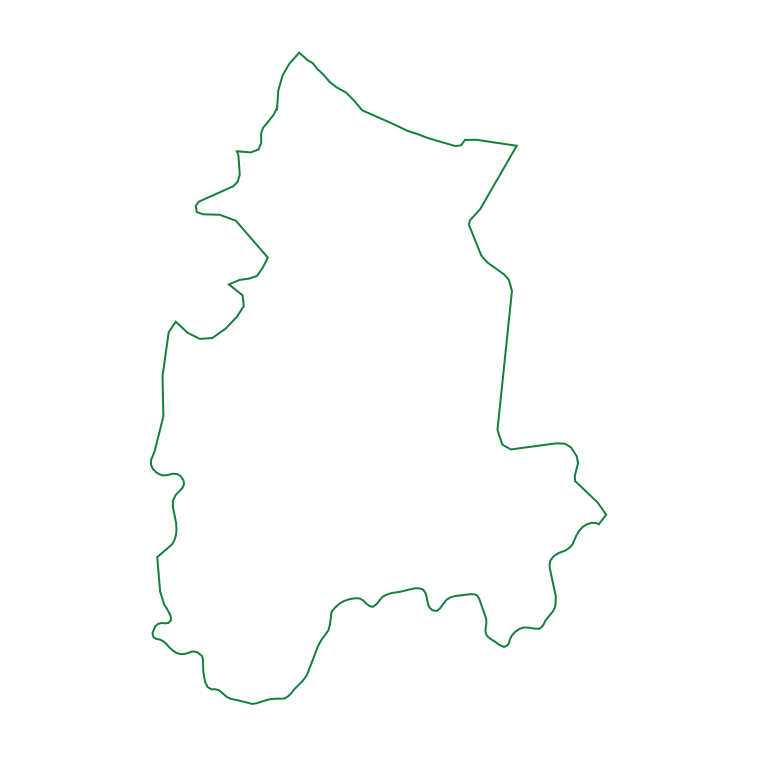 an SVG outline of Aude, rotated 273°
{"feature_id": "FRA-5271", "entity_name": "Aude", "entity_type": "Metropolitan department", "adm_level": 1, "iso_a3": "FRA", "parent_name": "France", "parent_adm1": "", "projection": "albers", "projection_center": [2.266, 43.047], "detail": "fine", "context": "isolated", "style": "outline", "palette": "green", "viewbox_px": 768, "rotation_deg": 273, "n_neighbors": 0, "source": "natural_earth", "source_scale": "10m", "svg_char_len": 2941}
<svg xmlns="http://www.w3.org/2000/svg" viewBox="0 0 768 768"><g transform="rotate(273 384 384)"><path d="M710.4,281.9L703.4,290.8L700.7,296.0L695.0,301.1L690.2,306.9L683.1,313.6L677.8,321.1L673.0,331.0L665.3,339.4L656.1,348.0L652.1,358.7L648.7,367.6L644.6,378.4L638.1,394.1L635.2,404.9L632.2,414.0L628.2,430.5L625.3,443.0L626.5,448.7L632.0,452.0L632.7,463.5L629.4,498.2L628.9,504.1L563.5,470.8L552.1,461.4L547.6,460.4L517.4,474.4L510.8,480.8L499.7,498.2L494.5,503.3L483.6,506.9L344.0,499.7L329.6,505.4L325.3,514.1L333.7,558.8L333.9,567.5L330.5,574.1L321.8,580.3L315.0,581.9L302.4,579.4L297.2,579.8L276.8,603.6L265.1,612.7L255.2,605.9L255.4,605.6L256.3,602.3L256.2,598.6L254.6,594.2L251.7,589.9L246.9,586.1L242.4,583.9L234.2,580.8L230.6,578.2L227.4,574.2L224.4,567.4L221.3,562.8L216.6,559.5L212.6,558.8L208.3,559.3L181.2,566.6L173.4,566.9L169.5,566.2L166.0,564.7L156.1,557.5L152.7,556.2L149.8,554.5L147.6,551.9L147.7,545.8L148.3,541.3L148.1,536.4L146.6,532.2L142.9,527.5L139.3,524.7L135.6,523.1L132.0,522.4L129.2,520.7L127.7,517.5L129.7,512.5L132.4,508.5L134.5,504.6L136.8,501.1L139.9,498.9L143.3,498.2L150.9,498.7L155.2,498.3L175.2,490.0L178.0,487.7L178.8,484.6L178.6,481.1L175.8,465.3L174.2,461.2L171.8,457.7L162.8,451.6L160.2,448.7L160.5,444.4L163.0,441.3L166.4,439.5L174.1,437.6L177.6,436.2L180.6,434.0L181.8,430.0L181.5,424.9L177.4,411.1L175.6,402.4L173.9,397.9L171.5,393.8L163.4,387.7L160.9,384.5L161.3,381.4L163.6,378.1L166.5,374.9L168.5,371.1L168.6,366.7L167.3,360.7L165.3,355.7L162.3,351.0L157.7,346.4L153.6,343.5L141.6,342.7L134.9,341.3L124.4,334.4L118.1,331.6L90.3,322.6L86.8,320.8L82.9,318.0L74.0,310.0L70.1,307.4L66.9,304.4L64.6,300.8L64.0,291.4L62.9,285.1L58.5,273.4L57.6,269.4L60.2,256.1L61.6,247.4L63.2,243.5L69.6,235.2L70.4,231.3L70.0,227.6L72.1,223.8L77.2,220.9L87.8,218.5L99.4,217.7L102.9,216.4L106.3,211.7L106.9,208.3L106.6,205.6L105.0,202.4L104.0,198.8L103.6,194.7L104.7,190.7L107.0,186.7L109.8,183.3L113.0,180.2L115.6,177.0L117.0,173.6L117.5,169.9L119.0,167.1L122.8,165.8L129.7,168.0L132.7,171.0L133.7,174.6L133.5,178.2L134.2,181.4L137.0,183.6L141.2,183.1L147.8,179.3L152.1,176.1L165.1,171.3L199.2,166.6L212.5,180.5L216.1,182.5L219.7,183.6L223.8,184.3L228.9,184.3L234.6,183.6L250.2,179.6L256.2,179.2L262.4,181.9L269.8,188.3L273.4,189.5L277.2,188.9L281.4,185.6L283.2,182.1L283.4,178.3L281.4,171.0L281.2,167.5L282.2,164.1L284.2,160.7L287.0,157.7L291.0,155.6L295.8,155.3L304.5,158.4L340.3,165.4L380.0,162.4L424.5,166.3L435.3,172.8L424.9,185.2L419.4,197.6L420.9,210.1L431.3,223.2L443.2,233.4L454.5,239.9L465.1,238.2L475.3,223.9L480.4,234.4L482.2,243.8L485.3,251.6L494.2,257.0L504.1,261.4L539.3,227.5L544.4,210.9L544.0,194.3L545.9,188.1L551.9,186.6L556.5,189.7L573.8,223.5L578.5,227.3L585.4,229.0L605.2,226.6L608.7,224.9L608.3,239.0L611.7,246.4L618.2,248.8L627.4,248.1L633.2,249.7L646.9,259.6L653.7,262.5L653.4,262.8L671.8,263.1L687.1,266.7L698.7,272.6L710.4,281.9Z" fill="none" stroke="#15803d" stroke-width="2"/></g></svg>